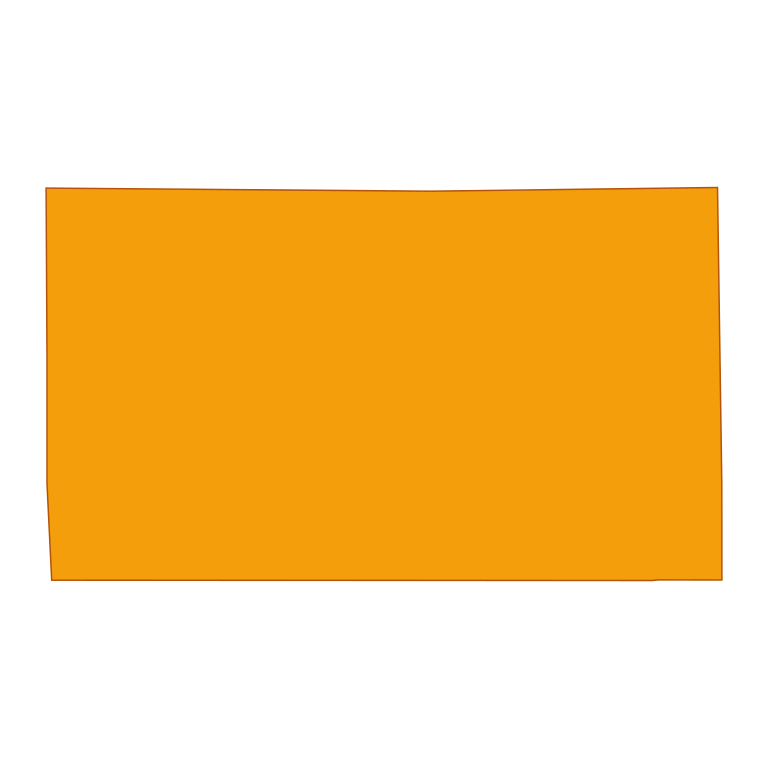 Dewey, Oklahoma, United States of America (Mercator projection)
{"feature_id": "52423323B83678883467317", "entity_name": "Dewey", "entity_type": "district", "adm_level": 2, "iso_a3": "USA", "parent_name": "United States of America", "parent_adm1": "Oklahoma", "projection": "mercator", "projection_center": [-98.948, 35.988], "detail": "fine", "context": "isolated", "style": "filled", "palette": "amber", "viewbox_px": 768, "rotation_deg": 0, "n_neighbors": 0, "source": "geoboundaries", "source_scale": "gbopen_adm2", "svg_char_len": 260}
<svg xmlns="http://www.w3.org/2000/svg" viewBox="0 0 768 768"><path d="M717.5,187.5L430.1,191.2L46.1,188.1L47.0,356.9L47.0,483.9L51.7,580.2L652.5,580.5L658.2,579.9L721.9,580.0L721.8,484.0L717.5,187.5Z" fill="#f59e0b" stroke="#b45309" stroke-width="1.5"/></svg>